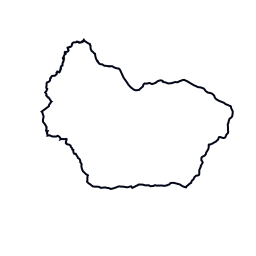 Sinaia, Prahova, Romania (Natural Earth projection), rotated 25°
{"feature_id": "2599482B70025461021412", "entity_name": "Sinaia", "entity_type": "district", "adm_level": 2, "iso_a3": "ROU", "parent_name": "Romania", "parent_adm1": "Prahova", "projection": "natural_earth1", "projection_center": [25.544, 45.343], "detail": "fine", "context": "isolated", "style": "outline", "palette": "ink", "viewbox_px": 256, "rotation_deg": 25, "n_neighbors": 0, "source": "geoboundaries", "source_scale": "gbopen_adm2", "svg_char_len": 5643}
<svg xmlns="http://www.w3.org/2000/svg" viewBox="0 0 256 256"><g transform="rotate(25 128 128)"><path d="M205.7,157.2L205.6,156.5L205.8,156.0L205.8,155.8L206.5,154.7L206.6,154.2L207.0,153.6L207.3,152.5L207.8,152.0L207.9,151.6L208.4,151.0L208.1,149.4L208.3,148.5L209.0,147.0L209.0,144.5L209.9,142.5L210.3,142.1L211.5,141.4L212.0,140.9L212.1,140.4L212.2,140.2L211.7,138.8L210.6,136.5L210.4,136.0L210.3,132.1L209.9,131.4L210.1,130.5L210.3,127.8L209.6,127.0L208.1,126.2L207.2,124.1L207.2,123.5L207.4,122.8L209.1,120.7L209.6,118.8L209.3,117.8L209.3,116.6L209.7,113.2L209.3,111.4L208.9,110.4L208.3,109.4L208.3,108.9L208.5,108.6L209.8,108.0L210.4,107.1L211.4,106.1L211.7,105.4L213.5,103.1L213.7,102.1L214.3,101.1L214.5,100.6L214.3,98.0L214.5,97.7L215.4,97.2L217.7,97.0L218.6,96.8L219.4,96.3L219.8,95.9L220.1,95.1L220.1,93.6L220.0,92.8L220.2,91.7L220.7,90.3L220.4,89.0L219.4,87.5L218.6,85.7L217.6,83.9L216.7,82.1L216.9,80.7L216.5,80.0L216.1,77.1L216.4,76.2L217.3,74.6L217.4,73.7L217.4,72.9L217.1,72.3L217.1,71.8L216.6,70.3L215.8,68.5L214.5,67.6L214.0,67.1L213.0,66.3L212.5,65.5L211.9,64.9L211.6,64.8L210.6,65.0L208.1,64.9L207.2,65.2L206.2,65.1L204.3,64.6L201.2,64.8L198.4,64.9L197.5,64.7L197.1,64.8L195.1,64.4L193.8,63.7L192.4,62.2L190.0,61.4L188.2,61.4L185.6,62.1L185.1,62.1L182.9,61.7L180.7,60.5L179.8,60.2L176.2,60.6L174.2,61.4L173.6,61.4L171.7,61.3L170.2,61.4L168.4,61.3L161.4,60.6L158.4,60.7L157.3,61.4L156.6,62.1L155.9,63.0L154.9,63.7L154.3,64.8L153.9,65.3L152.5,66.1L151.7,66.2L151.5,66.4L150.6,67.0L149.2,68.4L148.2,69.2L147.1,69.7L146.4,70.3L145.1,70.7L142.8,70.8L140.4,71.4L140.1,71.4L139.9,70.9L139.3,70.7L138.0,70.8L137.5,71.0L136.1,72.0L135.3,72.8L135.0,73.2L134.7,74.0L134.3,74.4L134.1,75.2L131.7,77.7L130.5,78.2L129.1,78.0L128.5,78.1L127.9,78.5L126.1,80.0L124.4,80.5L124.1,80.9L123.7,81.7L123.7,82.9L123.9,83.5L123.9,84.2L123.7,84.5L121.8,88.9L119.6,90.3L118.1,90.8L116.8,90.7L113.4,90.0L109.9,88.5L108.1,87.3L102.8,84.3L96.0,78.5L95.6,78.5L94.4,78.0L93.2,78.5L91.3,78.9L90.1,78.8L89.3,79.0L88.4,78.7L87.2,78.8L86.2,79.3L85.8,79.8L85.5,79.9L85.2,80.0L84.7,79.8L84.1,80.4L82.5,80.7L80.5,81.5L79.3,81.5L78.1,81.2L75.7,81.9L75.0,81.9L74.6,81.7L73.9,81.5L73.8,81.2L72.1,80.6L71.7,80.3L71.7,80.1L71.8,80.0L70.5,79.4L68.8,77.7L67.0,75.2L66.8,74.7L65.9,74.6L65.0,74.3L64.4,74.0L62.2,73.4L61.1,72.4L60.4,71.6L59.5,69.9L59.5,69.5L59.0,69.3L58.5,68.9L58.2,68.1L56.4,68.1L52.8,67.6L52.3,67.6L50.7,66.7L50.5,68.1L50.1,68.4L50.2,68.6L50.6,68.8L49.9,69.7L49.3,69.8L49.2,70.0L49.3,70.3L49.2,70.4L47.8,71.3L47.5,71.4L46.9,70.8L46.0,71.3L45.2,71.2L45.1,71.3L45.3,71.7L44.3,72.5L42.4,73.5L41.8,74.7L41.7,75.2L41.8,75.6L42.1,76.1L42.0,76.7L42.2,77.2L41.9,78.3L41.4,79.0L40.8,79.1L40.5,79.4L39.9,80.3L39.2,80.7L39.3,81.0L40.4,81.5L40.5,82.2L41.2,82.6L41.4,83.1L41.3,83.7L40.9,84.4L39.9,85.1L39.6,85.5L38.8,85.6L38.7,86.3L38.9,86.5L39.2,86.4L39.7,86.4L40.0,86.6L40.2,87.1L40.0,87.4L39.4,87.6L39.5,88.4L39.5,89.4L39.6,90.4L39.5,91.1L39.7,91.5L40.3,91.5L40.5,91.8L39.8,92.0L39.5,92.3L39.8,92.7L40.6,93.1L41.2,93.9L41.1,94.4L41.4,95.1L41.1,95.8L41.4,96.1L41.3,96.5L41.3,97.0L41.9,98.3L42.2,99.1L41.5,99.6L41.4,100.4L41.5,100.6L41.3,101.1L41.5,101.6L42.3,102.7L42.2,103.0L41.8,102.9L41.8,103.3L42.4,104.5L42.2,105.0L42.3,105.5L42.4,106.4L42.2,106.6L41.7,106.7L41.0,106.5L40.7,106.7L40.1,106.7L40.1,106.9L40.2,107.1L40.0,107.4L39.8,107.9L40.3,108.3L40.6,109.0L40.4,109.3L40.2,110.2L40.0,110.5L40.0,111.0L39.0,112.0L38.1,112.3L37.2,112.9L36.7,114.7L36.7,115.1L36.9,115.5L36.5,116.0L37.1,117.4L37.2,118.2L36.6,119.7L35.4,120.8L35.3,121.2L35.4,122.2L36.1,123.5L36.4,124.4L36.5,125.1L36.7,125.6L37.4,126.5L37.7,126.6L38.2,126.6L38.4,127.0L38.2,127.6L38.5,128.6L38.1,129.7L37.9,130.8L38.9,131.2L39.6,131.7L40.0,132.2L40.2,133.1L41.7,133.6L42.0,133.9L42.6,133.9L42.6,134.1L43.6,134.2L44.6,134.7L45.4,135.4L46.2,135.7L46.8,136.3L47.3,136.4L47.0,136.7L47.3,137.5L47.0,138.2L47.0,139.2L46.7,139.8L46.8,141.2L47.1,141.6L47.0,141.9L42.8,149.7L43.9,150.2L44.7,151.1L45.1,151.8L46.0,152.4L46.8,153.6L47.4,156.5L48.2,158.1L48.8,158.6L51.0,159.6L53.1,161.1L53.4,161.3L53.5,161.6L53.8,161.6L54.4,162.9L54.4,163.4L54.7,163.8L54.7,164.7L55.0,165.2L55.6,165.3L56.5,164.8L56.5,166.9L57.8,167.8L58.2,169.0L59.5,168.1L60.2,167.7L60.7,167.7L61.7,167.8L63.1,167.6L65.7,166.5L66.7,166.0L67.4,164.9L67.6,164.8L68.5,164.8L69.9,165.2L71.1,165.9L71.6,166.6L71.6,166.8L72.0,166.4L72.3,166.1L75.0,165.0L76.6,164.0L77.0,164.0L77.3,164.6L77.5,166.6L77.7,167.1L78.1,167.4L78.0,167.9L78.3,168.2L79.8,168.5L81.4,168.0L83.4,168.2L84.1,169.2L85.7,169.9L86.9,171.2L87.7,170.9L88.3,172.3L89.1,173.3L89.9,174.0L90.2,174.1L90.7,173.7L91.3,173.7L91.7,173.5L92.9,174.5L94.6,175.5L95.2,176.3L96.1,176.3L97.5,176.8L98.8,178.2L99.1,179.1L100.3,179.7L101.1,180.3L101.4,180.7L101.5,181.4L101.9,182.3L102.5,183.2L103.7,184.7L105.4,186.2L106.5,186.5L109.4,187.6L111.7,187.8L111.7,188.9L112.7,191.4L113.4,192.8L113.5,193.9L115.6,194.8L116.9,194.9L120.8,195.8L123.2,195.0L125.0,194.1L127.0,193.5L128.5,193.8L132.4,191.5L133.4,191.4L135.8,190.6L137.3,190.5L138.0,190.6L140.4,188.8L141.2,187.9L142.2,187.1L143.0,186.1L144.4,184.8L144.8,184.6L147.2,183.8L148.0,183.3L152.1,182.2L153.6,181.2L154.7,180.1L155.4,179.6L155.8,179.6L157.2,180.4L159.0,178.3L159.6,177.3L160.1,176.9L160.5,176.2L161.2,175.6L161.4,174.9L161.6,174.7L165.2,173.1L167.8,172.7L170.9,171.2L171.3,171.1L172.4,171.3L173.0,171.2L175.5,169.8L176.4,168.6L176.7,168.4L178.8,168.0L179.2,167.7L179.6,167.3L180.6,167.1L182.2,166.1L185.4,165.1L187.8,163.3L188.4,162.4L189.2,161.8L189.5,161.3L189.7,160.1L190.9,159.2L192.9,158.3L198.5,157.3L199.4,157.3L201.2,157.6L202.1,157.7L204.8,157.5L205.7,157.2Z" fill="none" stroke="#020617" stroke-width="2"/></g></svg>